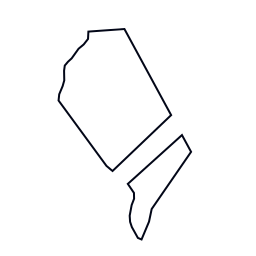 SVG path tracing the border of Palauli, rotated 60°
{"feature_id": "WSM-4994", "entity_name": "Palauli", "entity_type": "state/province", "adm_level": 1, "iso_a3": "WSM", "parent_name": "Samoa", "parent_adm1": "", "projection": "mercator", "projection_center": [-172.407, -13.719], "detail": "fine", "context": "isolated", "style": "outline", "palette": "ink", "viewbox_px": 256, "rotation_deg": 60, "n_neighbors": 0, "source": "natural_earth", "source_scale": "10m", "svg_char_len": 532}
<svg xmlns="http://www.w3.org/2000/svg" viewBox="0 0 256 256"><g transform="rotate(60 128 128)"><path d="M157.5,162.9L150.1,165.6L69.5,174.4L64.4,170.7L59.0,163.6L54.9,159.4L46.4,154.7L42.3,151.5L40.6,146.8L39.5,141.9L34.6,131.1L33.5,124.6L30.9,118.1L24.7,114.1L40.5,81.6L126.3,83.9L138.4,84.2L157.5,162.9ZM231.3,172.0L228.1,174.4L215.7,174.2L210.3,173.1L204.8,170.4L196.6,163.4L192.3,158.1L187.2,155.3L176.3,156.1L161.1,84.8L180.2,85.3L210.0,148.0L219.6,156.6L231.3,172.0Z" fill="none" stroke="#020617" stroke-width="2"/></g></svg>